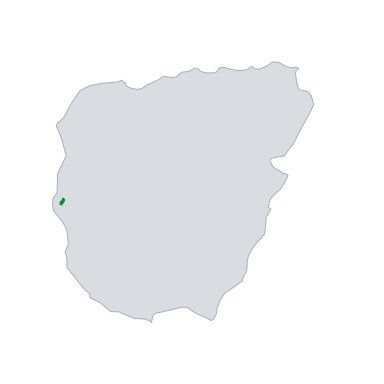 location of La Paz, Canelones, Uruguay, rotated 75°
{"feature_id": "84410073B15963405844434", "entity_name": "La Paz", "entity_type": "district", "adm_level": 2, "iso_a3": "URY", "parent_name": "Uruguay", "parent_adm1": "Canelones", "projection": "albers", "projection_center": [-56.267, -34.726], "detail": "fine", "context": "in_parent", "style": "filled", "palette": "green", "viewbox_px": 384, "rotation_deg": 75, "n_neighbors": 0, "source": "geoboundaries", "source_scale": "gbopen_adm2", "svg_char_len": 2796}
<svg xmlns="http://www.w3.org/2000/svg" viewBox="0 0 384 384"><g transform="rotate(75 192 192)"><path d="M307.5,264.7L305.1,266.8L302.4,270.8L299.2,280.5L288.8,293.7L286.6,301.3L275.6,308.9L267.9,317.7L262.9,317.4L258.4,321.1L232.6,332.3L223.5,330.0L216.7,330.0L210.4,324.8L196.0,322.8L186.9,324.8L174.8,330.4L171.1,330.3L168.5,330.0L161.9,327.7L158.3,322.7L139.6,317.1L124.4,304.2L106.6,304.1L92.9,306.0L90.8,304.3L89.3,301.0L86.4,296.2L74.4,284.9L64.9,273.7L62.8,262.5L63.8,250.3L66.4,235.8L65.8,231.3L69.2,228.6L72.6,228.1L75.8,224.3L78.7,218.6L79.1,214.3L76.7,206.4L74.9,195.4L72.9,189.9L76.5,181.1L76.6,176.9L74.3,173.2L73.7,169.4L74.6,165.5L74.3,161.7L72.9,158.1L73.9,155.1L77.4,152.7L79.9,149.0L81.6,144.1L82.4,140.4L82.4,137.8L81.3,135.4L79.1,133.1L80.0,128.6L84.1,121.7L86.8,115.6L87.9,110.3L87.8,106.1L86.3,102.9L86.9,100.7L89.5,99.5L90.6,96.0L90.0,87.6L87.2,80.6L89.2,75.0L95.1,68.5L98.1,63.3L98.3,59.3L100.1,57.1L103.0,61.3L111.5,62.3L120.0,62.4L121.4,61.3L124.7,54.3L129.1,52.2L133.9,51.7L139.2,52.0L144.8,56.6L160.6,71.6L172.2,82.1L175.7,87.1L178.8,90.8L181.1,94.2L180.1,103.2L180.2,107.1L180.8,108.3L183.4,108.4L187.3,107.7L190.6,105.8L193.2,103.0L195.7,100.6L197.7,99.4L198.5,97.5L199.6,95.5L200.9,95.1L203.1,96.6L208.5,101.8L212.6,106.5L213.6,109.2L215.2,112.1L216.9,114.6L218.0,117.0L222.0,120.1L226.1,122.2L228.9,120.2L235.7,126.8L251.0,132.5L253.7,135.8L256.3,140.5L261.5,147.7L268.7,154.3L274.6,157.1L280.3,158.7L283.4,160.2L285.5,162.7L288.9,165.4L291.1,166.5L291.8,168.8L293.9,174.0L296.1,180.6L298.4,186.7L303.8,192.7L309.9,197.4L316.2,200.1L319.7,203.4L321.2,206.8L316.7,211.5L311.8,217.5L307.6,222.2L303.2,225.5L301.7,227.8L300.7,231.4L300.2,250.5L299.7,257.6L299.9,259.5L300.5,260.8L303.1,262.7L306.2,264.4L307.5,264.7Z" fill="#d9dde1" stroke="#a8b0b8" stroke-width="1"/><path d="M164.9,318.5L165.0,318.5L165.3,318.5L165.5,318.5L165.8,318.7L165.9,318.8L166.0,318.8L166.1,319.0L166.3,319.2L166.3,319.3L166.5,319.5L166.5,319.4L166.5,319.5L166.5,319.4L166.7,319.5L166.8,319.7L166.9,319.8L167.0,319.8L167.1,320.0L167.1,320.3L167.2,320.5L167.3,320.6L167.4,320.8L167.3,321.0L167.5,321.2L167.5,321.3L167.8,321.4L167.8,321.5L168.0,321.5L168.3,321.5L168.5,321.7L168.5,321.8L168.8,321.8L168.9,322.0L169.0,322.0L169.2,322.3L169.3,322.3L169.5,322.4L169.7,322.2L169.8,322.2L169.9,321.9L170.0,321.9L170.0,321.7L170.1,321.4L170.2,321.2L170.3,321.1L170.0,321.1L170.0,320.9L169.9,320.8L169.7,320.7L169.3,320.5L169.3,320.4L169.3,320.2L169.2,320.2L169.3,319.9L169.3,319.7L169.2,319.6L168.8,319.5L168.7,319.5L168.7,319.3L168.7,319.1L168.6,318.9L168.3,318.7L168.1,318.5L168.0,318.3L167.8,318.0L167.4,317.8L167.0,317.5L166.6,317.4L166.3,317.3L166.1,317.4L165.9,317.5L165.6,317.6L165.3,317.8L165.1,318.0L164.9,318.3L164.9,318.5Z" fill="#22c55e" stroke="#15803d" stroke-width="1.5"/></g></svg>